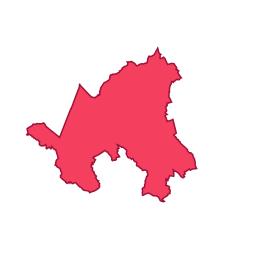 the district of El Arenal, Jalisco, Mexico, rotated 128°
{"feature_id": "50627088B54268846240144", "entity_name": "El Arenal", "entity_type": "district", "adm_level": 2, "iso_a3": "MEX", "parent_name": "Mexico", "parent_adm1": "Jalisco", "projection": "robinson", "projection_center": [-103.666, 20.759], "detail": "fine", "context": "isolated", "style": "filled", "palette": "rose", "viewbox_px": 256, "rotation_deg": 128, "n_neighbors": 0, "source": "geoboundaries", "source_scale": "gbopen_adm2", "svg_char_len": 5871}
<svg xmlns="http://www.w3.org/2000/svg" viewBox="0 0 256 256"><g transform="rotate(128 128 128)"><path d="M64.1,120.4L63.6,120.6L61.7,119.9L59.7,119.6L59.1,118.2L58.4,117.4L58.0,117.3L56.9,117.5L56.0,117.2L55.6,116.9L54.8,120.1L53.7,122.9L52.5,123.0L52.2,123.3L51.8,123.2L51.6,123.5L51.8,123.9L51.7,124.3L51.9,125.2L52.4,125.4L52.4,126.1L51.8,126.1L50.5,126.7L50.3,127.1L50.0,128.7L49.0,131.3L50.3,133.5L53.6,135.9L50.4,142.0L50.3,143.6L51.8,144.1L53.3,145.1L53.3,145.9L53.1,146.2L52.5,146.3L50.9,147.3L50.3,148.0L49.8,147.7L50.1,149.0L49.9,149.4L49.4,150.4L46.8,153.7L54.2,152.5L56.7,153.5L58.2,154.4L58.1,155.1L58.4,155.6L59.3,155.6L60.0,155.3L61.6,154.9L63.7,153.6L65.2,153.2L66.2,154.2L68.1,155.3L68.6,156.3L69.5,157.2L70.8,158.1L72.9,158.8L73.6,159.4L73.4,161.3L72.9,162.5L73.3,164.2L73.3,166.1L75.2,167.7L76.5,169.3L77.1,168.0L78.2,167.4L79.1,167.3L80.8,167.8L81.8,168.7L84.3,169.4L86.4,168.9L88.5,169.8L88.9,169.1L89.8,169.2L91.0,170.0L91.6,170.0L94.8,172.4L94.7,172.9L97.1,174.4L98.5,174.0L100.1,173.0L101.3,172.5L102.2,172.6L104.2,173.4L105.2,173.6L106.8,174.7L113.1,174.2L115.6,173.0L116.8,172.8L117.4,171.7L119.5,171.4L120.1,171.7L119.8,171.0L123.2,172.4L124.3,172.5L126.2,176.0L126.0,176.4L125.6,180.1L124.0,190.9L123.8,192.0L123.0,193.5L124.3,192.4L125.6,191.6L141.5,186.7L142.7,186.2L148.3,184.6L148.4,184.8L153.9,183.2L177.5,176.1L177.4,190.0L177.2,191.8L177.3,193.9L176.4,195.1L175.9,197.6L178.0,198.8L180.9,202.8L182.2,203.2L182.5,203.6L183.1,205.0L183.4,205.1L184.4,205.1L185.1,204.8L185.9,205.4L187.3,205.7L187.8,206.2L190.4,207.0L190.9,207.0L193.2,204.0L194.1,203.7L195.6,203.7L195.6,203.4L195.3,202.6L194.1,202.5L193.9,202.3L194.0,201.7L193.7,201.2L193.6,200.0L193.3,199.3L193.3,199.1L193.9,198.3L193.5,196.9L193.8,196.2L193.7,195.2L193.5,194.9L193.6,192.6L193.0,192.0L192.8,191.4L192.8,191.1L193.3,190.6L193.3,189.0L194.8,188.4L195.7,187.5L195.7,186.2L195.4,185.4L195.3,185.0L194.3,184.1L193.9,183.3L192.3,183.0L192.0,182.8L192.1,181.7L192.7,181.1L193.4,180.8L193.8,180.2L194.3,180.1L194.5,179.6L194.5,179.4L193.1,178.7L192.1,178.6L191.5,177.9L191.9,176.6L191.9,175.9L190.5,175.9L189.6,176.6L190.3,172.7L189.6,171.6L194.8,164.2L196.4,164.5L197.6,164.5L198.5,164.2L202.1,162.4L201.5,161.8L202.2,160.7L202.2,159.3L201.8,157.0L201.9,156.4L203.3,154.5L204.2,152.7L204.9,152.1L205.5,151.9L207.0,151.9L207.5,151.7L208.1,151.1L208.4,150.6L208.7,147.6L208.6,144.9L208.8,144.0L209.2,143.6L208.9,143.3L208.9,142.9L209.2,142.0L208.0,141.2L207.5,141.5L207.3,141.4L207.2,140.0L206.5,140.6L206.1,140.5L205.8,139.7L206.1,137.9L206.0,137.5L205.8,137.2L203.9,136.4L203.4,135.3L204.2,129.8L203.8,128.9L203.7,128.2L204.4,125.0L204.3,124.6L202.1,120.6L202.1,119.9L202.5,118.3L201.6,118.0L198.4,115.8L195.5,114.6L192.7,114.0L191.5,114.3L191.0,114.8L190.8,115.8L190.4,116.0L190.1,115.9L189.4,116.0L188.6,118.8L187.8,118.7L188.1,119.7L187.9,120.9L186.9,123.0L185.4,123.2L185.3,125.2L184.7,126.2L184.6,126.7L183.6,127.5L183.8,127.9L183.5,128.5L183.5,129.6L183.3,130.0L181.4,131.2L181.1,132.1L181.2,133.1L179.7,134.2L179.1,134.4L178.9,133.5L178.5,133.1L178.3,133.1L178.0,133.2L177.7,134.6L177.3,135.0L176.9,134.7L176.6,133.8L176.1,133.5L173.5,134.1L173.1,134.0L172.8,137.2L171.3,136.7L171.3,136.9L167.9,135.0L159.8,132.2L160.0,130.1L159.4,129.1L160.2,127.6L160.7,124.2L161.2,123.4L161.4,122.6L163.1,121.2L163.3,120.1L162.3,119.5L161.5,118.4L161.2,118.5L160.7,117.9L160.0,117.8L158.7,118.9L158.0,118.7L157.3,118.1L157.0,117.7L155.8,116.9L155.7,117.0L155.2,118.7L154.8,120.3L153.9,121.7L153.3,121.9L152.2,121.7L151.0,123.7L149.6,122.6L148.1,124.9L147.7,126.3L147.4,125.8L147.6,124.9L147.2,124.1L147.3,123.2L147.0,121.8L147.1,121.0L146.2,120.4L146.3,116.2L146.4,115.5L146.9,114.9L149.4,113.6L151.2,109.9L151.2,109.5L150.4,108.1L150.4,106.7L150.5,105.9L149.4,105.7L149.2,105.5L149.1,105.0L150.0,103.5L150.2,102.2L149.8,100.2L150.0,99.6L150.4,99.3L151.8,98.7L152.3,97.9L152.4,97.5L151.8,96.7L152.0,95.4L151.8,94.2L152.2,93.6L151.7,92.1L152.5,90.8L152.3,90.0L151.8,89.7L151.1,89.5L150.6,88.1L150.1,87.6L150.0,87.1L150.2,86.9L150.4,86.0L151.1,85.8L152.0,84.2L153.5,83.2L154.2,83.4L154.2,83.2L154.7,83.4L156.0,83.0L157.7,82.1L158.2,82.2L159.9,81.5L160.4,80.4L160.9,80.2L162.1,80.2L162.5,79.8L164.5,78.7L164.8,78.4L165.6,79.3L167.3,79.3L168.6,77.7L169.9,77.1L172.0,75.2L171.5,74.5L169.1,73.6L166.9,71.9L166.5,71.2L166.1,69.4L165.9,66.7L165.7,66.1L164.2,64.3L163.8,62.4L163.9,60.6L165.0,58.8L165.3,57.8L165.2,57.0L164.4,54.9L163.5,54.2L163.1,57.2L160.5,56.7L157.3,55.4L156.4,55.3L155.6,55.9L153.8,54.6L153.4,54.9L153.2,55.5L152.4,55.6L151.5,56.2L150.9,56.8L150.8,58.0L150.4,58.1L150.2,58.4L149.5,58.5L149.0,59.1L149.0,59.6L148.9,59.8L149.1,61.2L149.9,62.9L148.6,63.4L147.3,64.3L146.7,65.1L146.3,65.3L145.3,66.5L144.5,66.6L145.0,64.3L144.0,64.5L143.6,65.0L142.8,64.9L140.1,65.8L138.5,63.5L138.0,62.3L137.0,62.8L135.6,64.0L133.1,66.5L133.2,64.3L132.7,63.5L132.5,61.4L132.7,59.5L133.7,56.2L133.4,54.0L131.6,53.4L131.1,54.7L130.6,55.3L129.0,54.7L128.5,55.9L127.6,56.6L126.8,55.6L122.6,54.5L123.0,53.0L120.6,51.9L117.7,49.0L117.5,49.6L116.7,50.8L116.3,51.8L115.2,52.9L114.1,53.5L113.1,54.7L113.0,55.3L112.4,55.4L112.0,56.2L111.6,56.4L110.0,60.0L109.2,60.3L108.9,63.4L109.8,64.3L109.5,66.9L108.5,67.7L108.1,71.2L107.8,76.8L107.4,77.8L106.8,78.5L107.1,79.8L107.0,80.1L106.2,81.1L106.3,81.5L106.8,82.2L106.8,82.9L106.4,83.7L106.0,83.6L105.6,85.4L105.9,85.7L105.4,87.7L102.3,86.8L93.6,97.9L96.4,99.4L97.6,100.4L97.9,101.0L98.2,101.0L98.7,101.3L97.4,103.0L96.2,104.8L96.0,106.2L94.3,106.2L93.2,105.5L93.1,108.0L92.0,108.2L90.7,108.0L88.2,111.4L87.0,110.9L86.1,111.1L86.0,111.5L85.6,111.3L85.1,112.2L84.2,112.5L83.4,112.1L83.4,111.7L83.2,111.8L82.1,110.5L80.7,109.6L77.8,115.7L77.4,115.7L76.2,116.4L75.4,117.3L74.8,117.6L74.3,117.3L72.1,119.1L69.4,120.6L67.1,121.2L66.6,121.1L64.5,122.3L64.2,122.1L64.0,121.3L64.2,121.1L64.1,120.4Z" fill="#f43f5e" stroke="#9f1239" stroke-width="1.5"/></g></svg>